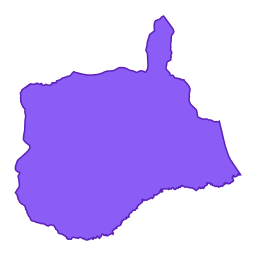 the district of Sameakki Mean Chey, Kâmpóng Chhnang, Cambodia
{"feature_id": "14789045B48917657678011", "entity_name": "Sameakki Mean Chey", "entity_type": "district", "adm_level": 2, "iso_a3": "KHM", "parent_name": "Cambodia", "parent_adm1": "Kâmpóng Chhnang", "projection": "albers", "projection_center": [104.566, 11.892], "detail": "fine", "context": "isolated", "style": "filled", "palette": "violet", "viewbox_px": 256, "rotation_deg": 0, "n_neighbors": 0, "source": "geoboundaries", "source_scale": "gbopen_adm2", "svg_char_len": 5797}
<svg xmlns="http://www.w3.org/2000/svg" viewBox="0 0 256 256"><path d="M163.6,16.0L161.4,17.2L160.3,18.8L155.4,20.8L154.6,22.5L154.1,25.7L154.5,30.8L149.7,34.5L147.2,42.4L147.3,43.1L147.1,44.9L145.9,50.3L147.4,53.4L148.0,64.8L147.8,67.6L147.5,68.8L146.0,71.9L145.4,72.2L143.5,71.3L140.9,70.7L139.5,71.1L136.6,72.5L133.2,70.9L129.7,70.3L125.9,68.3L124.3,67.8L121.3,67.5L119.0,67.7L113.9,70.5L110.0,71.1L107.2,71.1L104.7,71.9L101.9,73.2L98.5,74.3L91.6,75.1L87.2,75.0L82.3,74.1L75.8,72.5L73.8,71.7L72.1,73.3L70.4,75.6L69.0,76.3L67.6,76.2L66.0,77.4L65.3,77.1L63.8,77.8L62.4,78.0L60.1,79.8L56.6,80.9L56.4,81.3L56.0,83.0L55.2,82.7L53.5,82.8L53.1,82.6L52.3,82.9L52.2,83.6L51.6,83.5L51.1,84.8L49.9,85.3L47.6,85.0L45.7,84.3L44.5,85.3L43.8,85.5L42.4,84.7L41.3,83.4L40.7,83.7L40.5,84.5L39.1,84.2L38.4,83.5L37.2,83.6L36.8,83.2L36.1,83.4L35.6,83.9L34.3,84.1L33.6,84.4L30.3,83.8L30.1,84.6L28.8,84.7L28.4,85.6L28.1,85.9L27.6,85.8L26.8,86.6L26.4,86.5L26.2,87.5L25.2,87.5L21.9,89.9L21.5,91.6L20.5,92.8L20.4,93.7L20.8,94.9L20.6,97.9L20.8,101.1L21.0,102.4L22.9,106.7L23.5,107.6L25.0,109.0L25.1,109.9L24.8,111.9L25.6,115.4L25.6,116.6L25.0,121.3L24.7,130.1L23.7,135.6L23.4,139.4L24.2,140.8L25.2,141.9L27.2,143.7L29.5,145.4L29.9,146.3L29.8,147.7L29.6,148.3L28.9,149.6L27.9,151.0L22.1,156.5L18.4,159.5L17.3,161.0L15.8,165.3L15.4,167.0L15.4,169.0L16.0,170.5L18.1,172.0L19.6,172.6L19.5,173.9L18.3,175.5L18.1,176.1L18.2,177.3L18.8,178.5L18.8,180.1L19.0,181.3L19.2,181.7L19.2,184.1L19.5,186.2L18.7,187.4L18.5,188.3L17.1,189.6L16.9,190.6L16.1,191.5L15.4,192.6L15.9,193.4L17.4,194.9L17.2,195.9L17.8,196.5L17.9,198.3L19.9,202.4L22.1,204.1L24.5,205.5L25.5,207.8L25.8,209.7L26.9,210.8L27.0,212.9L27.6,213.5L28.5,215.8L30.2,217.9L30.6,219.5L31.2,220.4L32.0,220.8L34.7,221.4L35.7,222.1L36.3,222.3L39.9,223.1L40.9,223.6L42.8,223.6L43.4,223.9L44.3,223.9L46.6,225.5L47.0,225.5L48.2,226.1L49.4,225.2L50.4,224.9L51.9,225.0L53.1,225.5L53.9,225.6L54.5,226.4L55.8,229.2L56.9,229.9L57.5,230.6L58.4,233.0L58.9,233.5L60.9,233.8L62.5,234.4L63.6,235.2L64.6,235.5L65.4,236.4L66.9,237.1L66.7,238.3L68.1,239.3L69.4,239.1L71.3,239.2L72.3,237.5L72.9,237.3L73.6,237.3L75.6,237.9L77.0,237.8L77.6,238.3L78.2,238.3L79.6,237.5L81.0,237.4L83.2,238.9L84.6,238.5L85.2,239.6L85.6,239.8L87.5,240.0L88.2,239.7L88.6,239.1L89.7,239.4L90.1,238.8L90.6,238.5L91.3,238.5L92.4,238.0L92.6,238.4L92.5,238.8L92.7,239.2L93.4,239.0L93.4,238.1L93.7,237.4L94.4,237.9L95.1,237.9L95.6,238.2L96.1,238.0L96.4,237.6L96.8,237.5L97.1,237.1L97.1,236.2L98.6,236.6L98.9,237.1L99.1,238.2L99.5,238.3L100.3,237.1L101.1,236.5L101.5,235.9L101.6,234.7L102.4,234.0L103.4,234.6L103.6,235.0L104.7,235.5L105.5,235.0L105.9,234.5L106.4,234.9L106.4,235.6L106.9,235.8L108.2,235.6L109.5,234.5L111.1,233.9L112.0,233.0L112.5,233.3L112.7,234.1L113.1,234.3L113.3,233.0L112.4,232.1L112.5,231.0L113.6,230.3L113.8,229.7L113.8,229.2L116.2,228.5L116.7,228.2L116.1,227.3L117.2,226.8L118.7,225.8L120.1,225.4L121.4,223.8L121.0,222.6L121.3,222.1L121.7,221.9L122.1,221.9L122.0,220.9L125.0,219.1L126.3,218.8L126.7,218.4L126.1,217.6L126.4,217.2L127.0,217.6L128.8,217.1L129.1,216.6L128.7,215.3L129.6,214.2L130.2,212.9L131.2,212.6L132.7,210.5L133.5,210.1L134.6,210.3L135.3,210.1L135.4,209.6L135.9,209.0L137.5,208.1L137.0,207.2L137.2,206.4L138.0,205.9L138.5,205.0L139.4,204.6L141.0,203.2L141.3,202.7L142.2,202.2L142.4,201.9L142.0,200.6L142.1,199.6L142.6,199.3L144.0,200.6L144.5,200.1L145.2,199.9L146.3,200.3L146.9,200.1L147.8,199.5L149.7,198.7L151.3,197.6L152.4,198.4L153.9,197.0L153.8,195.2L154.0,194.8L154.4,194.6L155.6,195.1L156.2,195.1L156.7,194.8L158.1,193.7L159.5,192.8L159.8,191.4L160.1,191.1L160.6,191.2L160.7,191.8L161.5,192.1L162.5,191.7L162.7,191.1L162.4,190.7L160.8,190.2L160.8,189.6L161.1,189.3L165.7,188.8L168.1,189.0L168.9,189.5L169.4,189.1L169.3,188.4L171.1,189.0L171.5,188.9L172.3,187.8L172.8,187.7L173.4,187.9L174.2,189.3L175.2,189.5L175.8,189.2L176.5,188.1L177.0,187.9L178.1,188.3L178.9,187.0L179.5,186.7L179.9,187.3L180.3,187.4L181.7,185.4L182.3,185.6L182.6,186.1L183.8,186.3L185.0,187.2L187.1,186.9L189.1,187.7L191.3,187.8L192.2,188.3L193.3,188.2L195.1,189.9L196.3,190.5L196.6,190.0L198.3,188.9L198.6,188.4L199.0,187.3L199.8,187.3L200.4,188.5L201.8,188.1L202.5,187.4L203.3,188.4L203.8,188.1L205.2,185.8L206.6,185.3L207.1,184.9L207.4,184.2L206.8,183.3L206.9,182.9L207.4,182.8L208.7,183.2L209.7,182.9L210.3,183.1L210.4,184.2L210.9,184.6L212.0,184.0L212.3,185.1L212.8,185.5L213.9,185.7L215.7,186.5L218.0,186.1L218.5,187.1L220.2,186.6L221.0,186.0L222.7,186.2L223.3,185.1L224.3,184.6L224.0,183.7L224.7,183.1L225.1,182.9L225.4,183.7L225.8,183.8L226.2,183.6L226.5,183.0L227.1,182.8L227.8,183.7L229.1,183.7L230.4,183.3L230.9,182.6L231.6,182.1L232.5,181.8L233.5,180.8L233.3,179.6L232.3,178.1L232.6,177.6L232.4,176.8L232.6,176.4L233.1,175.8L233.6,175.5L233.8,176.8L234.2,176.9L234.7,176.6L235.2,176.8L237.3,175.8L237.6,175.6L237.9,175.1L238.3,175.0L238.3,174.0L239.1,174.1L239.8,175.0L240.6,174.8L230.6,160.0L228.2,155.2L225.0,145.4L219.3,121.2L218.5,122.0L216.7,121.8L216.3,121.5L215.6,121.8L214.9,121.8L213.2,121.3L211.2,120.1L208.6,119.9L206.6,118.9L205.8,119.1L203.1,119.1L201.9,118.8L198.1,117.1L197.7,116.4L197.4,115.5L196.9,111.8L196.2,109.6L192.6,106.3L190.6,104.1L189.8,102.6L189.2,100.8L189.0,99.7L189.4,96.5L189.1,94.8L190.0,90.1L190.0,88.9L189.0,86.3L186.6,83.0L184.9,81.5L184.5,81.0L184.2,80.0L182.7,79.7L181.5,79.9L180.9,79.2L179.9,78.7L178.4,78.8L177.9,78.3L174.3,77.7L173.6,76.0L172.4,75.1L170.7,75.4L170.2,75.2L169.9,74.5L169.9,73.3L168.5,71.6L166.8,69.9L166.2,68.9L165.9,67.6L166.6,65.3L166.7,63.7L167.2,61.9L170.7,60.0L170.8,59.3L170.7,58.4L171.2,57.0L170.8,55.7L171.8,53.0L171.6,51.9L171.1,50.7L170.5,49.9L170.8,47.1L170.6,44.1L171.1,41.1L171.3,36.6L171.7,35.1L173.1,33.5L173.9,31.7L173.7,30.9L173.0,29.0L172.2,27.8L163.6,16.0Z" fill="#8b5cf6" stroke="#5b21b6" stroke-width="1.5"/></svg>